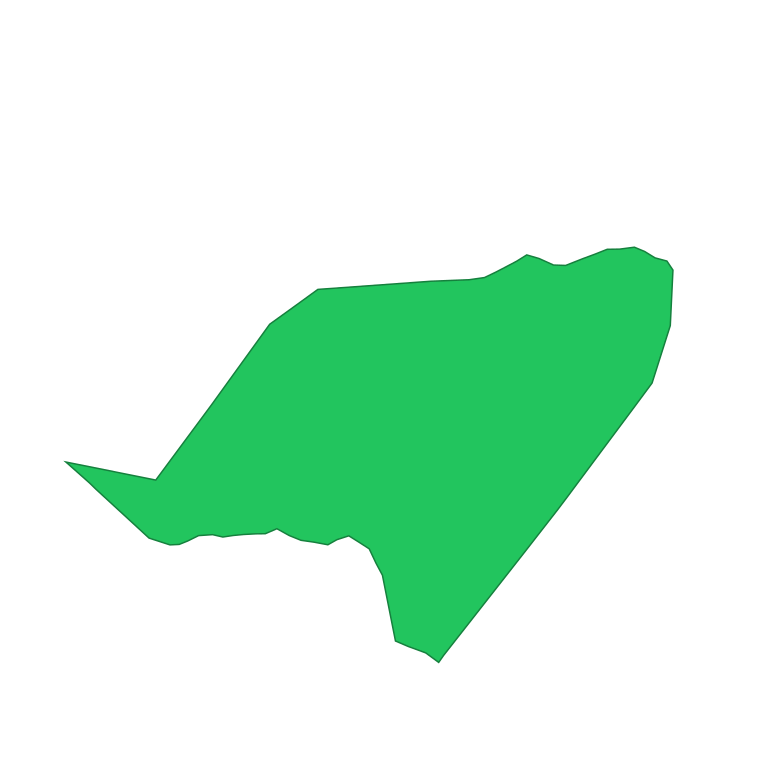 outline of Amélia Rodrigues, Bahia, Brazil, rotated 123°
{"feature_id": "56859067B5389964969213", "entity_name": "Amélia Rodrigues", "entity_type": "district", "adm_level": 2, "iso_a3": "BRA", "parent_name": "Brazil", "parent_adm1": "Bahia", "projection": "albers", "projection_center": [-38.712, -12.439], "detail": "fine", "context": "isolated", "style": "filled", "palette": "green", "viewbox_px": 768, "rotation_deg": 123, "n_neighbors": 0, "source": "geoboundaries", "source_scale": "gbopen_adm2", "svg_char_len": 939}
<svg xmlns="http://www.w3.org/2000/svg" viewBox="0 0 768 768"><g transform="rotate(123 384 384)"><path d="M587.7,186.5L579.2,186.2L447.2,174.4L395.0,169.9L377.9,168.7L331.0,165.7L266.4,161.5L237.2,159.7L179.1,175.7L131.1,203.7L126.8,213.7L130.6,225.4L130.9,237.6L132.9,248.5L142.6,259.9L149.5,270.2L160.1,277.7L170.3,285.3L185.6,296.2L191.9,306.6L194.3,322.3L198.0,334.6L208.7,339.6L218.4,345.0L229.0,351.0L240.0,357.7L250.2,369.4L272.4,400.8L340.7,491.0L365.2,500.4L396.1,512.4L481.0,516.6L495.4,517.3L588.9,523.1L622.7,608.3L627.4,577.0L629.2,568.0L641.2,497.1L637.8,484.4L635.5,475.9L630.1,468.4L622.7,463.2L612.1,456.9L603.7,445.7L600.1,435.8L593.2,428.0L586.6,419.7L579.4,409.8L574.2,402.0L563.7,395.0L562.7,380.9L560.3,368.5L554.7,356.4L549.4,343.5L540.2,338.7L530.5,330.8L530.3,318.0L530.3,306.6L538.7,293.0L545.2,281.2L593.3,234.4L590.9,220.6L586.8,202.6L587.7,186.5Z" fill="#22c55e" stroke="#15803d" stroke-width="1.5"/></g></svg>